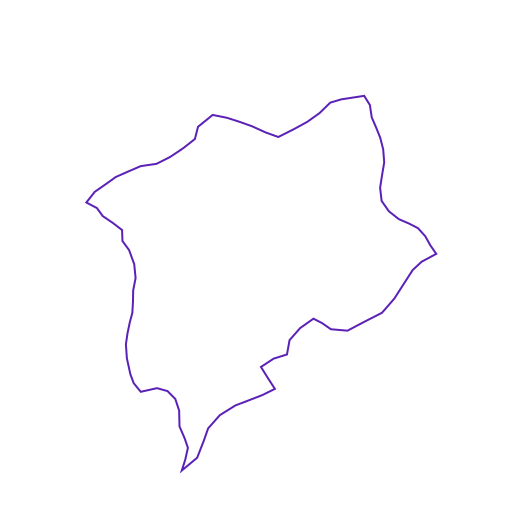 outline of Santa Rita de Minas, Minas Gerais, Brazil, rotated 238°
{"feature_id": "56859067B52773915344075", "entity_name": "Santa Rita de Minas", "entity_type": "district", "adm_level": 2, "iso_a3": "BRA", "parent_name": "Brazil", "parent_adm1": "Minas Gerais", "projection": "equal_earth", "projection_center": [-42.126, -19.875], "detail": "fine", "context": "isolated", "style": "outline", "palette": "violet", "viewbox_px": 512, "rotation_deg": 238, "n_neighbors": 0, "source": "geoboundaries", "source_scale": "gbopen_adm2", "svg_char_len": 1260}
<svg xmlns="http://www.w3.org/2000/svg" viewBox="0 0 512 512"><g transform="rotate(238 256 256)"><path d="M162.3,410.0L172.7,409.5L183.2,410.0L193.8,408.1L202.5,402.9L211.5,396.7L223.4,392.4L236.1,391.7L248.1,397.4L257.7,405.7L267.4,414.3L279.1,420.4L290.4,424.0L301.0,425.9L312.2,427.6L323.7,432.6L334.5,432.6L339.4,421.2L343.7,411.2L346.7,400.2L343.5,385.5L342.6,370.5L343.5,355.1L345.1,338.0L355.6,329.7L367.8,321.6L377.7,313.8L388.7,304.5L398.6,294.0L396.3,275.3L387.6,266.2L386.0,251.5L385.5,235.6L386.9,220.4L393.3,205.9L395.4,192.3L397.3,179.0L396.5,166.2L395.9,153.4L391.3,140.5L380.9,146.5L371.0,147.2L360.4,151.9L349.0,156.2L339.5,150.7L328.3,151.5L313.6,148.4L301.1,142.2L291.9,133.6L282.8,127.7L273.3,121.0L266.9,114.1L258.8,106.3L250.1,98.9L237.7,92.3L222.3,86.8L212.9,84.9L201.9,86.3L196.4,102.0L188.3,109.4L177.5,111.8L165.6,108.9L152.0,100.8L139.3,98.9L129.4,96.6L120.7,88.0L113.4,79.4L116.1,99.2L126.9,113.7L135.2,124.1L140.2,141.0L140.2,159.3L137.3,174.0L134.7,187.6L133.3,201.6L145.5,201.4L159.3,201.4L159.6,216.6L156.1,230.1L166.9,239.9L171.5,255.3L172.4,271.5L164.2,276.4L154.2,280.7L144.2,294.0L142.8,313.0L141.1,332.8L146.6,350.8L154.7,367.9L161.1,381.5L163.4,393.6L162.3,410.0Z" fill="none" stroke="#5b21b6" stroke-width="2"/></g></svg>